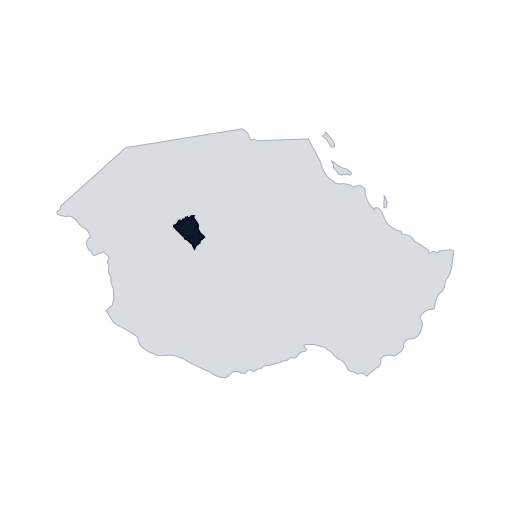 location of Igunga, Tabora, United Republic of Tanzania, rotated 318°
{"feature_id": "72390352B54001884070734", "entity_name": "Igunga", "entity_type": "district", "adm_level": 2, "iso_a3": "TZA", "parent_name": "United Republic of Tanzania", "parent_adm1": "Tabora", "projection": "natural_earth1", "projection_center": [33.703, -4.378], "detail": "fine", "context": "in_parent", "style": "filled", "palette": "ink", "viewbox_px": 512, "rotation_deg": 318, "n_neighbors": 0, "source": "geoboundaries", "source_scale": "gbopen_adm2", "svg_char_len": 7533}
<svg xmlns="http://www.w3.org/2000/svg" viewBox="0 0 512 512"><g transform="rotate(318 256 256)"><path d="M203.1,351.5L198.7,348.9L194.7,347.2L191.4,345.4L190.0,343.7L186.9,343.0L184.2,342.7L181.8,341.1L176.7,340.5L176.2,339.4L176.1,337.0L175.2,336.3L173.4,335.7L171.4,335.7L170.2,336.1L169.5,335.9L167.8,334.5L166.3,332.7L165.7,329.8L163.4,327.9L160.7,326.5L153.4,326.6L152.2,326.2L150.4,324.7L148.4,322.3L146.7,319.5L145.3,315.8L143.7,310.7L135.2,290.5L134.3,286.7L132.7,282.5L130.0,277.3L127.1,273.4L123.2,269.9L118.7,266.5L116.3,264.1L111.8,254.6L110.8,250.2L110.1,245.6L110.4,243.7L113.2,237.8L113.5,236.1L113.2,233.9L111.8,229.1L110.0,223.4L106.3,212.9L105.8,210.3L105.9,208.3L108.0,197.7L107.9,196.2L116.4,196.4L122.6,191.8L128.0,184.8L129.1,181.9L131.3,177.5L133.5,175.3L134.3,173.7L135.5,169.3L138.4,166.3L141.1,164.0L140.6,162.3L141.0,161.7L142.5,160.5L145.4,159.5L146.0,157.1L146.0,154.5L145.5,153.0L145.6,151.3L145.1,150.4L143.2,150.1L140.4,148.8L138.0,148.3L136.3,147.5L135.7,146.9L135.5,145.3L136.8,141.3L135.5,139.6L138.4,132.9L139.0,132.1L140.1,132.0L141.8,131.3L143.3,130.9L144.6,131.2L145.6,130.9L146.4,130.1L147.1,127.9L147.7,124.0L147.4,120.9L146.2,118.5L145.8,114.9L146.4,110.0L146.0,105.9L144.6,102.6L143.2,100.7L141.1,99.7L137.7,94.8L136.7,92.4L136.9,90.8L138.1,90.2L140.2,90.4L142.2,89.9L144.1,88.5L145.9,88.1L146.8,88.3L231.7,88.3L330.8,152.3L331.2,153.0L332.0,158.6L331.8,160.4L330.3,163.6L329.8,165.3L329.8,166.4L330.2,166.9L331.5,167.0L332.6,167.8L333.0,168.4L333.8,170.8L334.9,172.0L372.5,203.4L373.4,203.8L372.8,206.5L370.7,212.9L370.6,215.5L369.7,218.7L368.9,220.7L366.7,229.7L364.9,233.1L362.4,241.0L362.0,247.0L363.4,251.2L363.8,255.2L366.7,259.0L369.1,260.4L370.6,262.2L373.4,266.2L375.0,270.3L380.0,272.3L381.9,276.9L381.2,280.0L378.9,282.6L376.7,286.8L374.9,292.3L374.9,300.8L376.0,299.5L378.7,301.6L379.0,307.8L376.2,315.0L375.4,318.4L375.2,321.3L377.2,330.0L380.2,334.4L379.9,335.8L379.2,337.0L384.2,344.8L383.8,351.6L385.7,356.9L386.5,361.5L387.7,365.0L388.0,367.4L386.4,370.1L390.1,370.8L392.3,373.0L393.3,375.1L396.0,375.0L397.5,376.5L399.6,377.6L404.2,381.2L405.4,383.0L406.2,384.7L393.3,395.8L388.7,398.7L385.4,400.0L381.9,400.8L378.5,402.5L375.3,405.3L371.3,406.7L366.4,406.7L361.2,408.6L353.0,414.4L348.2,411.2L344.5,410.2L340.2,410.3L337.6,410.7L336.7,411.4L335.9,413.3L335.2,416.6L332.3,419.7L327.4,422.6L322.9,423.7L318.7,423.0L315.9,421.7L314.4,420.0L312.3,419.2L309.4,419.4L306.7,420.6L304.1,422.9L299.9,423.9L294.2,423.6L291.1,422.5L290.7,420.6L288.2,418.3L283.6,415.7L280.2,415.7L278.0,418.1L276.0,419.7L274.2,420.3L272.6,420.4L270.3,419.7L264.0,419.5L258.0,419.6L257.4,416.0L256.1,413.8L255.1,412.5L253.0,412.2L252.4,411.2L251.7,408.9L250.7,407.0L249.3,405.4L248.5,404.0L248.3,402.6L248.5,401.1L249.7,397.5L250.1,394.9L250.0,392.4L249.3,389.7L247.9,386.6L248.1,385.7L247.6,383.5L247.5,382.0L247.8,380.1L247.5,377.7L246.3,372.4L246.3,371.1L245.0,368.5L241.0,362.5L240.8,361.7L234.6,355.6L232.1,354.3L231.2,355.4L230.8,356.5L231.1,358.4L230.9,359.4L230.7,359.8L229.2,359.8L228.3,359.5L225.9,357.9L224.0,357.5L219.5,357.8L217.8,358.2L216.6,357.8L214.2,355.0L211.3,354.4L208.8,354.3L204.5,351.1L203.1,351.5ZM380.7,250.3L382.7,256.9L382.5,258.2L381.0,258.9L380.2,259.0L379.3,257.9L378.7,255.7L377.6,256.2L375.7,253.5L373.8,253.4L372.2,250.2L372.8,247.4L372.5,242.6L374.5,240.2L375.6,236.1L376.9,238.9L377.2,243.3L379.0,248.4L380.7,250.3ZM390.7,210.5L390.9,212.1L390.5,213.6L390.6,218.3L390.4,221.5L388.8,225.8L387.6,227.4L386.4,226.9L385.5,226.2L384.8,225.0L386.3,217.0L385.6,211.2L388.5,211.7L390.7,210.5ZM386.3,306.7L384.8,307.1L384.3,306.7L383.4,305.4L384.9,304.3L386.4,302.2L390.0,299.0L391.6,296.4L391.3,298.9L389.3,304.3L387.7,304.7L386.3,306.7Z" fill="#d9dde1" stroke="#a8b0b8" stroke-width="1"/><path d="M219.5,178.9L219.4,178.9L219.3,179.1L219.2,179.2L218.8,179.2L218.6,179.3L218.0,179.1L217.7,179.1L217.4,179.3L217.2,179.3L217.0,179.2L216.8,179.1L216.7,179.0L216.5,178.9L216.4,178.8L216.4,178.7L216.1,178.7L215.9,178.6L215.8,178.8L215.7,178.7L215.7,178.8L215.5,178.7L215.3,178.8L215.2,178.7L215.1,178.8L214.9,178.9L214.7,178.8L214.5,179.0L214.4,179.1L214.5,179.4L214.5,179.7L214.5,180.2L214.5,180.5L214.5,180.9L214.7,181.3L214.7,181.6L214.6,182.0L214.5,182.4L214.6,182.7L214.6,183.0L214.5,183.4L214.6,183.7L214.5,184.2L214.6,184.5L214.6,185.2L214.8,185.5L214.8,185.8L215.0,186.5L214.8,187.0L214.8,187.3L214.8,187.5L214.9,188.7L214.8,189.0L214.8,189.7L214.8,189.9L214.8,190.1L215.1,191.3L215.0,191.7L215.0,192.1L215.1,192.3L215.3,192.8L215.3,193.0L215.3,193.3L215.3,193.5L215.1,194.2L214.6,195.6L214.7,196.1L214.8,196.2L214.9,196.3L215.0,196.5L215.1,196.8L215.4,197.3L215.7,197.6L215.7,197.8L215.7,198.4L216.0,199.4L215.9,199.7L215.9,199.9L215.9,200.1L216.0,202.0L216.1,202.7L216.3,203.0L216.5,203.7L216.5,203.8L216.5,204.4L216.4,204.7L216.4,205.5L216.1,205.8L215.8,206.3L215.6,206.7L215.6,207.0L215.4,207.9L215.2,208.6L215.0,209.2L214.8,209.7L215.5,209.6L215.7,209.3L215.9,209.2L216.3,208.9L216.9,208.7L217.5,208.4L217.8,208.3L217.9,208.2L218.2,208.3L218.5,208.4L218.7,208.5L219.1,208.2L219.3,208.3L219.8,208.2L220.2,208.3L220.6,208.4L220.9,208.5L221.4,208.3L221.7,208.3L222.0,208.4L222.1,208.5L222.3,208.5L222.5,208.4L222.9,208.2L223.0,208.2L223.1,208.4L223.3,208.1L223.6,208.0L223.8,207.9L224.1,207.7L224.5,207.2L224.6,207.3L224.8,207.2L225.0,207.4L225.4,207.1L225.5,207.0L225.8,206.9L226.1,207.1L226.3,207.3L226.5,207.4L226.9,207.5L227.6,207.4L228.1,207.4L228.3,207.5L230.3,207.5L230.4,207.1L230.3,206.6L230.3,206.2L230.5,205.9L230.5,205.5L230.3,204.8L230.3,204.7L230.2,204.5L230.1,204.4L230.1,203.3L230.1,203.1L230.0,202.6L230.1,202.1L229.9,201.6L229.9,201.2L229.9,200.9L230.0,200.7L230.2,200.4L230.3,200.3L230.4,200.2L230.3,199.9L230.5,199.6L230.5,199.3L230.6,198.9L230.6,198.2L231.3,196.7L231.6,196.3L232.1,195.8L232.2,195.7L232.7,195.6L232.9,195.4L233.3,195.0L233.7,194.4L233.9,193.9L233.9,193.7L234.1,193.1L234.3,192.9L234.3,192.6L234.4,191.4L234.5,191.0L234.7,190.6L234.8,189.8L234.8,188.9L235.0,187.7L235.0,187.2L235.0,186.8L235.4,185.9L235.9,185.1L236.2,184.9L236.6,184.8L236.9,184.7L236.7,184.5L236.3,184.2L236.2,184.2L235.9,183.9L235.6,183.8L235.3,183.4L235.1,183.4L235.0,183.2L234.9,183.1L234.7,182.9L234.2,183.1L233.9,183.1L233.7,183.3L233.4,183.4L233.1,183.2L232.9,183.2L232.7,183.0L232.3,183.0L232.3,182.9L231.8,182.8L231.3,182.4L231.2,182.3L231.0,182.2L230.9,182.1L230.8,181.9L230.8,181.6L230.7,181.5L230.8,181.4L230.7,181.4L230.4,181.2L230.5,181.2L230.4,181.2L230.5,181.1L230.4,181.1L230.3,180.9L230.2,180.9L230.1,181.0L230.0,180.9L230.0,181.0L229.9,181.0L229.9,180.9L229.9,181.0L229.9,180.9L229.8,181.0L229.8,180.9L229.7,180.9L229.6,181.0L229.6,180.9L229.4,181.0L229.4,180.9L229.3,180.7L229.2,180.8L229.1,180.7L228.9,180.7L228.9,180.8L228.8,180.7L228.7,180.7L228.4,180.6L228.2,180.6L228.0,180.8L227.9,180.9L227.8,180.7L227.7,180.8L227.7,180.7L227.4,180.7L227.2,180.6L226.9,180.5L226.7,180.6L226.6,180.4L226.4,180.4L226.4,180.2L226.2,180.3L226.2,180.2L225.9,180.1L225.7,180.0L225.8,179.9L225.7,180.0L225.7,179.9L225.5,180.0L225.2,180.2L225.1,180.3L224.8,180.4L224.5,180.3L223.6,180.2L223.4,180.1L223.1,180.0L223.0,179.9L222.9,179.9L222.7,179.6L222.8,179.6L222.9,179.3L223.0,179.3L223.0,179.1L223.1,178.9L222.9,179.0L222.8,178.8L222.7,178.8L222.7,178.6L222.4,178.6L222.0,178.4L221.9,178.4L221.9,178.5L221.8,178.4L221.7,178.5L221.7,178.4L221.6,178.5L221.6,178.3L221.4,178.3L221.2,178.3L220.9,178.4L220.9,178.5L220.7,178.6L220.4,178.5L220.2,178.6L220.0,178.8L219.8,178.9L219.7,178.8L219.5,178.9Z" fill="#0f172a" stroke="#020617" stroke-width="1.5"/></g></svg>